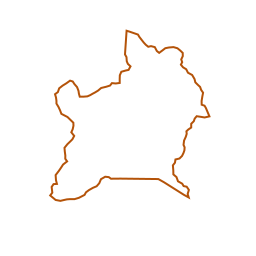 the district of Buerarema, Bahia, Brazil, rotated 109°
{"feature_id": "56859067B44754949051555", "entity_name": "Buerarema", "entity_type": "district", "adm_level": 2, "iso_a3": "BRA", "parent_name": "Brazil", "parent_adm1": "Bahia", "projection": "mercator", "projection_center": [-39.271, -14.997], "detail": "fine", "context": "isolated", "style": "outline", "palette": "amber", "viewbox_px": 256, "rotation_deg": 109, "n_neighbors": 0, "source": "geoboundaries", "source_scale": "gbopen_adm2", "svg_char_len": 1962}
<svg xmlns="http://www.w3.org/2000/svg" viewBox="0 0 256 256"><g transform="rotate(109 128 128)"><path d="M217.1,179.6L219.6,173.0L218.9,168.2L217.0,165.2L215.4,162.6L214.1,159.6L212.6,155.3L210.0,151.7L207.5,149.3L205.4,147.3L202.5,146.8L199.4,144.7L195.9,141.6L193.3,138.7L189.6,137.2L185.2,136.9L181.5,133.7L180.7,130.2L181.5,127.6L179.4,121.7L178.3,118.6L166.4,82.7L167.6,76.2L173.0,53.3L173.9,48.0L171.0,50.1L166.7,50.3L164.4,53.4L164.8,56.5L163.0,58.6L162.1,63.4L158.6,66.2L157.1,70.0L153.5,71.3L148.7,73.4L145.5,72.3L142.3,72.9L140.1,69.4L136.8,67.8L133.5,67.4L130.7,67.4L127.8,68.2L125.9,70.0L121.6,70.9L117.5,70.5L114.4,70.6L112.1,71.7L109.8,70.5L107.0,68.4L103.4,69.6L100.2,68.0L97.4,68.0L94.5,66.9L93.7,62.6L93.1,59.0L90.5,54.8L83.7,60.9L82.0,62.9L82.0,65.9L78.5,67.2L73.8,68.0L70.2,68.5L68.1,71.3L65.7,73.2L64.5,75.9L62.9,79.2L60.1,81.0L57.0,84.6L56.2,89.3L53.5,92.1L52.7,95.7L50.9,98.6L48.1,98.2L45.8,100.0L42.2,99.6L39.2,100.7L37.8,103.7L36.5,107.2L36.7,111.3L38.6,115.6L40.4,118.7L43.0,120.4L46.8,123.0L45.8,125.8L42.8,129.0L43.1,132.9L44.6,135.3L43.5,138.3L42.1,140.9L40.3,143.7L38.2,146.9L36.4,149.0L36.4,158.0L36.5,161.0L59.4,154.8L61.5,152.5L65.3,150.9L67.4,149.0L68.9,145.7L72.9,146.4L74.4,148.9L77.0,152.6L80.8,152.9L84.4,151.8L88.1,150.5L89.9,154.1L90.8,157.8L93.7,158.8L96.0,161.9L98.9,166.4L102.4,168.5L105.3,170.9L107.1,172.6L109.3,174.5L111.3,176.7L112.7,179.9L114.1,183.8L111.5,185.6L109.0,186.9L105.9,189.5L103.8,193.1L102.0,195.4L102.1,198.2L105.9,200.9L109.2,203.6L112.9,206.0L116.9,206.0L119.8,208.0L122.6,206.0L125.6,204.5L128.2,203.6L130.7,200.6L133.4,198.0L136.3,195.6L137.3,188.8L139.1,185.0L140.8,181.4L143.6,180.3L147.2,179.9L150.5,180.2L153.0,176.3L156.8,176.9L159.3,178.1L163.0,180.0L167.4,181.6L170.8,180.1L174.4,178.3L177.5,177.3L179.4,174.7L183.7,177.5L187.0,178.3L191.0,179.4L196.1,181.1L200.8,179.1L204.0,177.0L205.3,180.1L208.6,181.0L213.8,178.5L217.1,179.6Z" fill="none" stroke="#b45309" stroke-width="2"/></g></svg>